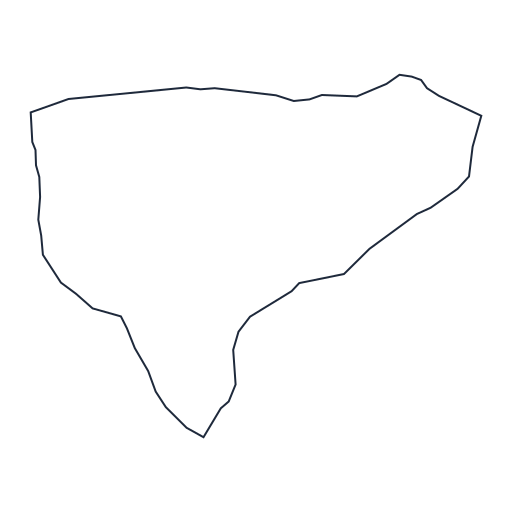 an SVG outline of Al Mahwit
{"feature_id": "YEM-152", "entity_name": "Al Mahwit", "entity_type": "Governorate", "adm_level": 1, "iso_a3": "YEM", "parent_name": "Yemen", "parent_adm1": "", "projection": "orthographic", "projection_center": [43.616, 15.304], "detail": "fine", "context": "isolated", "style": "outline", "palette": "slate", "viewbox_px": 512, "rotation_deg": 0, "n_neighbors": 0, "source": "natural_earth", "source_scale": "10m", "svg_char_len": 724}
<svg xmlns="http://www.w3.org/2000/svg" viewBox="0 0 512 512"><path d="M203.5,437.2L186.6,427.8L165.8,407.1L155.7,391.6L148.2,371.1L134.8,348.1L126.9,328.3L120.9,316.4L92.6,308.4L75.9,293.7L60.9,282.6L42.9,254.8L41.2,235.6L38.3,219.7L40.1,197.0L39.3,177.0L36.0,165.3L35.5,150.0L32.3,142.0L30.7,112.4L68.5,99.0L186.3,87.5L200.4,89.3L214.7,88.2L276.0,95.3L293.8,101.0L309.5,99.4L321.9,95.0L356.8,96.4L386.5,83.9L399.5,74.8L411.7,76.6L421.1,80.0L427.0,88.2L439.0,95.9L481.3,115.8L472.6,146.8L469.0,176.5L457.6,188.8L430.7,207.7L416.9,214.0L369.5,248.8L344.0,274.0L299.2,283.1L291.6,291.2L250.0,316.7L238.5,331.7L233.2,349.9L235.6,384.5L228.7,401.5L220.8,408.3L203.5,437.2Z" fill="none" stroke="#1e293b" stroke-width="2"/></svg>